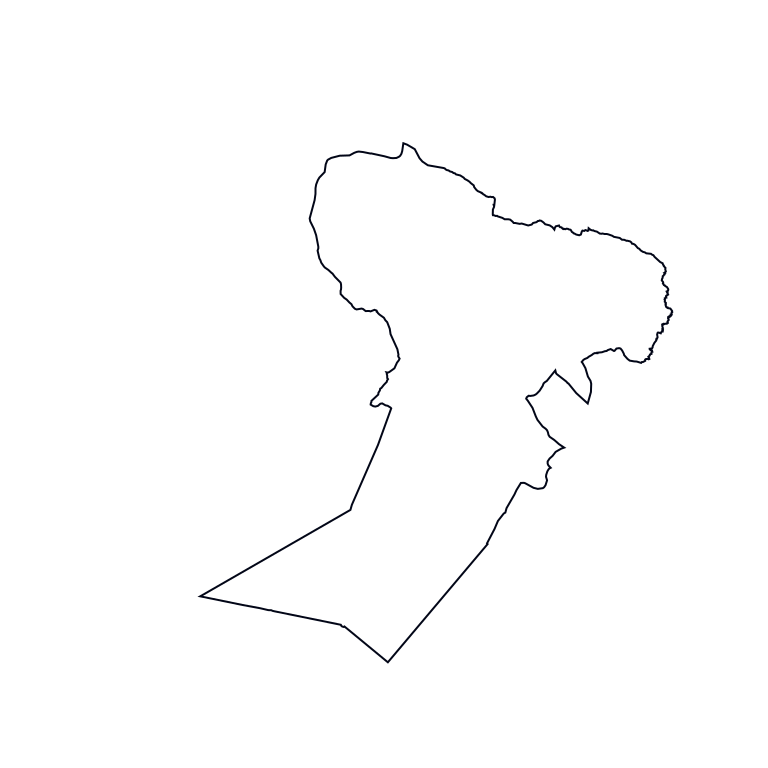 outline of Gatsibo, Eastern, Rwanda, rotated 134°
{"feature_id": "39286606B53863210323147", "entity_name": "Gatsibo", "entity_type": "district", "adm_level": 2, "iso_a3": "RWA", "parent_name": "Rwanda", "parent_adm1": "Eastern", "projection": "robinson", "projection_center": [30.287, -1.667], "detail": "fine", "context": "isolated", "style": "outline", "palette": "ink", "viewbox_px": 768, "rotation_deg": 134, "n_neighbors": 0, "source": "geoboundaries", "source_scale": "gbopen_adm2", "svg_char_len": 6142}
<svg xmlns="http://www.w3.org/2000/svg" viewBox="0 0 768 768"><g transform="rotate(134 384 384)"><path d="M197.4,537.3L203.8,532.7L206.3,531.4L208.6,530.9L210.2,531.1L212.8,532.1L215.3,534.4L216.8,536.2L219.9,541.9L227.1,553.5L227.6,553.8L231.7,560.2L234.3,563.6L235.9,564.8L238.4,566.0L243.5,567.6L250.5,574.4L258.0,579.0L261.5,580.1L262.7,580.1L266.5,578.5L272.8,573.9L280.4,573.9L283.3,573.2L287.6,571.4L290.7,569.3L294.9,565.3L300.0,561.6L316.5,552.5L318.2,550.1L321.0,542.3L324.1,536.2L330.8,526.7L332.0,525.5L334.2,524.4L338.5,517.8L339.1,515.8L340.3,513.5L341.2,508.9L341.3,507.4L340.6,503.2L340.5,498.5L340.3,498.0L341.0,493.8L341.2,485.7L342.1,484.2L344.5,481.7L346.0,480.5L347.1,480.0L349.4,477.7L349.7,472.5L349.2,469.5L349.4,465.5L349.2,462.9L350.0,460.6L350.1,457.2L349.4,455.5L345.3,452.5L344.6,451.1L344.3,447.9L341.8,445.4L341.1,444.1L337.3,442.4L336.4,440.5L336.9,439.7L336.6,439.6L337.2,437.7L337.2,435.5L336.4,430.1L337.2,427.3L337.3,424.7L337.6,424.0L340.3,418.2L343.6,413.9L349.7,398.5L352.9,393.9L354.0,393.3L354.5,392.2L354.9,390.4L356.7,389.8L359.6,389.5L365.5,387.4L371.7,388.5L373.1,389.1L373.9,390.3L374.2,389.3L374.8,389.1L375.6,387.7L377.5,385.8L377.7,384.5L379.4,384.2L380.5,383.5L384.8,383.5L388.8,383.1L390.0,383.5L391.5,382.5L394.2,381.9L395.6,380.8L404.9,381.3L405.8,380.5L407.0,380.1L408.1,379.3L407.4,376.3L406.3,374.6L404.0,373.2L400.7,372.9L399.2,371.8L398.3,368.1L397.1,366.2L396.4,362.8L396.5,361.9L432.0,346.0L493.2,323.2L497.9,320.7L664.4,368.7L641.2,332.2L631.3,317.3L627.0,310.1L625.1,308.0L624.5,306.4L623.4,304.6L587.2,247.8L587.6,246.8L587.5,245.6L586.7,244.1L585.9,244.0L581.5,187.9L427.2,198.3L427.1,199.2L411.5,203.8L403.4,206.9L394.0,207.9L392.2,207.4L388.2,209.6L372.9,213.4L368.3,215.0L360.1,216.8L357.9,214.7L357.3,213.5L354.8,204.3L352.6,200.5L348.6,197.4L347.1,197.1L344.6,197.5L340.0,199.8L338.2,203.0L336.7,204.2L333.4,205.8L331.3,206.3L329.9,206.4L328.5,205.9L328.4,208.8L328.1,210.0L327.4,211.2L326.0,212.5L322.6,213.1L318.6,212.8L313.6,213.4L307.4,211.6L304.6,210.2L305.7,216.3L306.0,222.6L306.9,228.2L306.3,230.4L304.9,232.5L304.0,234.6L303.9,236.6L304.4,240.4L303.2,248.7L301.8,252.4L298.0,260.6L296.1,269.0L295.8,271.5L294.4,272.1L292.0,271.8L291.0,270.5L288.3,268.4L286.2,267.6L284.6,267.4L280.7,267.4L275.3,268.5L272.7,269.6L271.0,269.5L268.7,269.0L255.2,270.2L256.7,267.8L256.9,266.8L255.6,254.5L255.8,252.4L255.5,251.8L257.0,239.4L256.5,223.9L246.0,229.6L239.9,235.1L238.3,237.6L237.0,242.5L232.7,250.1L231.0,255.6L230.8,257.1L228.2,257.3L226.7,257.0L223.9,255.8L222.3,255.7L218.9,254.7L216.7,254.4L215.3,253.8L213.8,252.1L213.6,251.9L213.3,252.3L209.8,249.3L207.0,247.9L205.6,246.8L204.2,246.6L201.4,245.2L200.5,241.5L200.0,241.2L197.0,241.4L194.9,239.8L194.2,238.5L194.3,237.3L194.5,235.9L195.6,232.6L196.4,231.3L196.8,226.3L196.5,223.5L194.0,219.8L192.3,217.8L190.2,213.7L189.2,213.8L188.3,213.0L185.9,212.2L185.0,213.1L184.1,212.9L182.8,211.8L182.4,210.8L181.7,210.5L181.0,211.6L180.7,212.8L178.9,212.6L178.3,213.1L177.5,213.1L176.5,212.5L175.6,213.5L174.8,213.7L174.4,213.4L173.8,214.4L174.3,215.2L174.5,216.9L174.1,217.4L172.2,215.9L171.1,216.2L170.1,217.0L166.5,218.1L163.5,218.4L162.7,219.3L162.1,219.5L161.8,219.1L160.3,219.7L158.7,221.9L157.2,222.7L156.7,222.7L156.1,222.0L155.3,220.1L154.0,220.6L153.2,220.3L152.7,220.7L152.4,220.9L152.3,220.6L152.1,220.9L151.7,220.6L151.3,220.9L151.5,221.4L151.0,221.9L150.6,221.9L150.6,222.3L149.9,222.5L149.1,224.0L148.4,224.7L147.8,224.5L147.7,225.2L146.5,224.8L146.0,223.9L145.6,223.8L144.1,222.4L143.4,222.7L142.8,222.3L142.1,223.5L140.1,223.7L139.4,225.4L138.5,226.0L138.3,225.7L138.0,226.1L137.3,225.9L137.7,225.5L137.5,225.2L136.5,225.0L135.8,225.5L135.8,225.0L135.3,225.0L134.2,225.2L133.8,225.8L134.1,226.0L132.3,227.0L132.5,226.6L132.2,226.5L131.3,227.5L130.8,230.4L132.2,232.5L131.9,233.2L132.5,233.7L132.5,234.7L131.6,236.3L131.2,236.3L130.9,237.1L130.3,237.2L130.0,237.9L130.0,237.6L129.8,237.7L129.8,239.2L128.6,240.1L128.3,240.9L127.8,240.9L127.3,241.5L126.8,241.1L125.4,241.8L125.3,241.4L124.5,242.3L122.6,241.8L122.6,242.1L122.2,242.1L121.5,243.9L121.3,243.4L120.0,244.9L119.4,244.6L118.7,245.0L118.2,245.7L117.7,247.9L118.2,249.8L118.0,250.4L118.4,251.4L117.9,253.2L117.4,253.2L116.8,254.1L116.5,256.2L115.0,257.1L114.1,257.3L112.8,258.4L111.8,258.2L110.6,258.6L110.3,258.3L109.3,258.7L109.3,259.3L108.8,259.0L108.6,259.5L107.3,259.4L106.0,261.5L105.0,262.1L104.8,264.7L104.4,265.0L104.3,266.3L103.6,267.4L104.4,270.0L104.6,277.7L104.2,279.7L104.7,280.7L104.9,282.4L107.8,286.1L108.1,287.8L109.1,289.6L109.6,292.2L109.4,294.3L109.9,295.8L109.5,300.0L109.9,301.8L110.8,303.1L110.3,304.5L110.5,306.1L111.9,308.5L112.5,309.0L113.4,311.4L114.9,313.0L115.2,315.9L118.4,320.8L118.8,322.8L120.5,326.5L121.3,327.9L122.8,329.4L124.0,331.4L124.7,331.8L125.9,333.3L126.5,336.7L127.8,338.9L128.1,340.2L128.8,340.8L129.6,342.5L129.8,345.0L131.6,343.6L132.4,343.8L133.2,345.8L133.4,346.1L134.8,346.3L135.8,347.8L137.0,347.6L139.7,346.2L141.4,346.9L143.0,349.6L143.5,351.7L143.9,352.2L143.8,353.3L144.1,354.6L143.5,356.3L143.5,357.1L144.3,358.2L144.6,359.4L145.5,360.6L146.7,361.1L147.6,362.8L147.9,362.5L148.1,362.7L148.2,364.2L148.0,365.0L148.3,365.6L148.9,366.3L148.9,367.1L148.4,368.2L151.3,370.0L152.9,369.6L154.6,368.7L154.2,371.8L154.8,375.0L157.1,379.0L157.0,381.5L157.4,384.3L158.3,385.7L159.2,385.9L160.0,386.6L161.6,386.7L164.6,388.6L166.7,388.5L169.8,390.4L172.9,396.4L174.6,397.7L177.0,401.4L178.1,402.6L177.9,404.1L178.1,407.4L179.2,409.1L181.7,411.7L182.3,414.3L184.4,418.6L184.5,419.5L185.5,420.3L186.3,422.2L186.9,422.9L186.4,423.6L182.8,426.9L180.0,427.9L179.0,429.5L178.6,429.0L174.3,432.3L173.6,433.4L173.7,435.5L174.8,436.4L175.4,437.6L176.8,438.6L178.0,440.9L178.2,443.1L178.6,444.4L178.5,445.5L178.9,446.3L178.6,446.6L180.1,450.5L180.2,452.5L179.7,455.9L178.8,457.4L179.2,461.1L179.1,463.0L179.5,465.1L179.3,464.7L180.4,468.4L180.2,470.0L181.0,474.0L183.2,477.8L183.2,479.4L184.0,480.6L184.1,482.1L185.3,484.3L185.5,485.9L186.4,487.3L186.8,488.7L186.7,490.0L187.2,491.1L196.2,504.4L197.3,510.9L196.9,515.3L193.7,525.0L195.8,533.7L197.4,537.3Z" fill="none" stroke="#020617" stroke-width="2"/></g></svg>